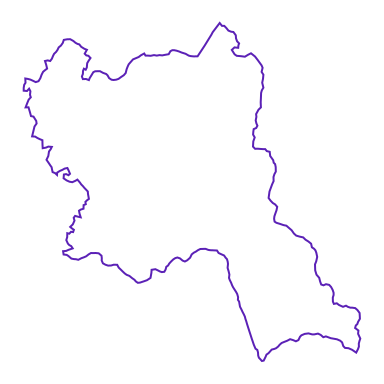 Bela Vista de Goiás, Goiás, Brazil
{"feature_id": "56859067B69163020659115", "entity_name": "Bela Vista de Goiás", "entity_type": "district", "adm_level": 2, "iso_a3": "BRA", "parent_name": "Brazil", "parent_adm1": "Goiás", "projection": "natural_earth1", "projection_center": [-48.916, -16.973], "detail": "fine", "context": "isolated", "style": "outline", "palette": "violet", "viewbox_px": 384, "rotation_deg": 0, "n_neighbors": 0, "source": "geoboundaries", "source_scale": "gbopen_adm2", "svg_char_len": 5548}
<svg xmlns="http://www.w3.org/2000/svg" viewBox="0 0 384 384"><path d="M34.5,126.5L32.1,136.4L35.2,136.6L37.4,138.0L39.9,139.2L42.4,140.2L42.5,144.6L42.7,148.2L46.0,147.6L48.3,146.6L51.8,146.9L50.7,149.2L49.0,151.5L48.3,156.0L46.5,159.8L49.0,163.4L50.3,165.4L51.6,167.2L52.0,169.3L52.6,172.1L55.1,173.1L57.0,174.9L57.2,172.6L59.9,170.9L62.3,169.9L64.6,168.6L67.4,168.0L68.7,170.7L70.0,173.8L68.5,175.2L66.1,174.1L63.9,174.5L63.6,178.3L66.6,180.4L69.5,181.7L72.3,182.2L75.4,180.8L77.4,179.6L79.9,182.5L81.2,184.4L82.9,186.1L84.3,187.8L86.3,189.9L87.8,191.5L88.0,194.0L88.9,198.9L86.9,200.4L85.4,201.9L85.8,204.2L83.6,205.1L83.5,208.7L80.7,209.6L79.0,210.7L79.5,213.5L80.7,217.3L78.0,216.7L75.1,215.9L73.7,217.8L74.5,220.6L72.8,224.4L70.2,226.9L71.8,228.3L73.9,229.8L73.1,232.1L71.0,231.8L69.3,233.7L67.3,233.2L67.2,237.1L66.3,240.1L67.9,243.6L69.3,245.1L71.2,246.1L72.7,248.4L68.6,249.8L66.2,250.9L63.1,251.2L63.6,254.5L66.7,254.9L68.4,256.0L71.4,258.6L74.0,259.1L75.9,259.2L78.3,259.8L81.4,258.2L83.9,257.3L86.2,256.3L88.6,254.4L91.0,253.0L92.9,253.1L95.6,253.0L98.7,253.3L101.5,255.7L101.8,258.1L101.7,260.5L102.9,263.3L105.4,264.7L108.1,265.6L111.1,265.5L113.8,264.7L117.2,264.8L118.7,267.6L121.0,269.8L122.7,271.5L124.7,273.4L126.6,274.8L129.4,275.9L132.2,278.2L134.5,279.8L135.8,281.4L137.8,282.8L140.0,282.6L142.1,281.9L144.2,281.2L147.0,280.2L150.5,277.9L151.4,272.8L151.6,269.8L155.4,269.2L157.9,270.4L159.8,271.4L161.8,272.1L164.3,271.8L165.6,269.5L166.3,266.8L168.1,265.5L169.2,263.6L171.1,261.5L173.3,259.4L175.3,258.1L177.4,257.5L180.0,258.4L182.6,260.6L184.9,261.5L187.2,260.3L190.1,257.7L191.7,254.4L193.8,252.7L195.9,251.6L197.9,250.2L200.3,249.0L203.4,248.9L205.7,248.9L208.3,249.9L210.2,250.2L212.9,250.3L217.0,250.5L218.6,253.0L221.4,254.3L224.1,255.5L225.6,257.7L227.0,259.2L227.7,261.7L228.0,263.9L227.6,267.9L228.6,271.2L229.4,274.6L229.0,277.9L229.8,280.1L231.1,282.7L232.1,285.3L233.1,287.3L234.9,290.1L236.0,291.8L237.2,294.0L238.1,297.2L237.9,299.8L239.1,301.6L239.6,304.5L240.0,306.7L241.4,309.4L242.5,311.8L243.8,314.3L244.9,316.7L245.4,318.8L246.3,321.4L247.1,324.2L248.6,328.9L249.6,332.0L251.0,336.3L251.9,339.1L252.7,341.4L253.8,344.7L255.5,348.7L257.3,349.9L258.0,352.4L258.2,355.6L258.9,357.7L260.4,359.3L261.9,361.0L263.7,360.6L265.5,357.0L266.5,354.6L268.5,353.2L271.7,349.6L274.4,348.9L276.1,348.2L278.2,346.5L279.6,344.8L281.6,343.0L284.0,342.0L287.3,340.7L290.1,339.2L293.1,340.1L295.9,341.3L298.4,340.1L300.0,336.8L301.4,335.3L304.7,333.9L308.5,333.4L312.2,334.4L314.2,334.4L318.0,333.6L320.7,334.9L323.3,337.2L325.9,336.4L327.8,337.1L330.8,338.2L334.8,338.9L337.0,339.3L340.2,340.7L342.1,342.4L343.3,346.1L345.0,347.9L348.5,348.2L352.1,349.8L356.2,352.6L358.0,349.1L358.9,346.6L358.8,343.6L359.5,340.9L360.3,338.6L358.1,333.8L358.4,330.5L355.1,328.0L355.8,325.5L357.3,324.1L358.1,321.8L359.9,318.8L359.8,316.3L359.6,313.0L357.4,310.0L355.2,308.1L352.4,307.7L350.5,307.7L348.0,306.9L346.0,305.7L343.0,306.8L339.0,305.0L336.8,303.3L333.9,303.9L332.9,301.6L332.8,297.6L333.6,295.0L333.6,292.8L332.7,290.0L331.1,287.0L329.2,284.9L326.0,284.2L323.5,285.3L321.2,284.5L320.1,281.4L319.2,277.8L316.5,274.7L315.2,270.4L315.0,264.4L316.2,261.4L317.2,256.9L316.3,252.7L315.4,250.3L314.0,248.7L311.9,247.3L311.1,243.7L308.4,241.5L305.5,239.7L303.2,237.4L299.6,236.6L296.2,235.6L293.9,233.5L291.6,230.2L288.9,227.9L286.4,225.7L283.5,225.1L280.0,223.9L276.4,222.8L274.6,221.6L274.1,218.8L274.4,216.3L275.6,212.8L276.5,210.3L277.2,206.8L275.1,204.4L272.8,203.0L270.6,200.7L268.6,198.0L269.5,191.5L270.9,187.7L272.1,184.4L273.6,181.1L273.5,177.0L274.4,174.2L275.8,171.6L275.7,167.0L275.1,164.1L273.7,162.7L273.2,160.2L270.2,156.0L269.7,151.8L266.8,151.1L265.2,149.1L262.7,149.1L259.9,148.9L257.5,148.7L255.1,148.8L253.0,146.6L253.3,141.4L254.7,137.4L253.1,134.6L253.3,131.9L253.7,129.1L256.2,128.0L257.4,125.7L256.4,123.4L255.7,120.4L256.4,116.9L256.1,114.1L258.5,109.7L260.9,107.4L260.7,102.3L260.9,98.4L261.1,93.0L261.8,90.4L263.4,87.7L262.2,82.7L263.0,78.8L263.4,74.7L261.6,71.9L262.6,67.8L261.6,65.4L257.7,60.0L255.0,56.5L251.0,53.3L248.2,54.7L244.9,56.7L241.1,56.2L236.7,55.8L234.6,54.3L231.8,49.9L234.5,47.4L238.2,47.8L238.4,45.4L239.1,43.4L237.1,41.3L236.0,38.3L235.8,35.3L233.4,32.0L231.1,31.7L228.4,30.6L226.4,28.1L224.3,25.9L222.0,25.9L219.7,23.0L212.7,32.2L211.4,34.7L204.6,45.7L197.6,56.3L193.7,56.4L190.6,56.1L188.7,55.6L185.6,53.8L181.5,52.5L179.1,51.5L176.6,50.7L174.2,50.2L172.3,50.2L170.4,51.2L168.7,54.2L164.7,54.9L162.2,55.4L159.5,55.1L156.8,55.6L154.0,55.1L150.7,55.8L147.9,55.6L145.5,55.6L144.2,53.5L140.9,55.3L138.7,57.0L133.0,59.4L130.8,61.9L128.7,64.3L127.6,66.7L126.6,69.3L125.7,73.0L123.8,75.2L121.1,77.0L118.5,78.9L116.1,79.7L113.4,80.0L111.5,79.7L109.1,78.1L107.6,75.4L106.2,74.0L103.1,72.9L100.0,71.2L97.5,71.2L95.1,71.3L93.3,72.2L91.5,75.2L89.7,78.1L88.9,80.1L86.0,79.0L82.9,79.1L81.9,76.5L82.9,73.9L83.0,71.0L83.9,68.7L85.7,69.7L86.8,67.5L87.2,63.2L88.6,60.8L90.5,58.0L88.4,55.8L86.3,55.4L84.7,53.7L86.9,49.8L84.4,48.8L81.2,46.8L79.3,44.4L77.5,43.9L75.5,42.8L73.4,41.0L70.2,39.2L67.1,39.3L63.8,39.9L62.8,42.9L60.9,45.6L58.7,47.4L57.5,49.9L56.1,51.9L54.1,53.8L53.0,56.0L51.9,58.7L50.2,61.0L47.7,60.4L45.0,61.0L46.2,64.8L47.1,68.6L45.0,70.2L43.1,71.8L41.6,74.7L40.3,78.3L38.5,81.2L35.7,82.1L32.8,80.7L30.4,79.6L27.7,78.9L25.3,78.5L25.5,82.8L24.2,84.8L23.7,87.9L23.7,90.7L27.0,91.0L29.1,88.7L30.4,91.2L30.0,94.9L30.8,97.3L28.7,99.6L27.4,102.7L25.6,107.4L28.5,107.3L29.8,111.7L31.0,116.1L33.5,116.6L35.0,119.0L36.2,120.9L36.6,123.5L34.5,126.5Z" fill="none" stroke="#5b21b6" stroke-width="2"/></svg>